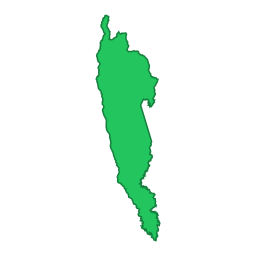 the district of Mesetas, Meta, Colombia
{"feature_id": "7082276B5195747171528", "entity_name": "Mesetas", "entity_type": "district", "adm_level": 2, "iso_a3": "COL", "parent_name": "Colombia", "parent_adm1": "Meta", "projection": "natural_earth1", "projection_center": [-74.101, 3.108], "detail": "fine", "context": "isolated", "style": "filled", "palette": "green", "viewbox_px": 256, "rotation_deg": 0, "n_neighbors": 0, "source": "geoboundaries", "source_scale": "gbopen_adm2", "svg_char_len": 5935}
<svg xmlns="http://www.w3.org/2000/svg" viewBox="0 0 256 256"><path d="M142.3,54.9L140.8,55.2L140.0,54.3L138.5,53.4L138.7,52.4L137.8,51.1L135.6,51.4L134.0,50.8L131.6,51.6L128.3,51.5L126.8,50.0L128.7,45.9L127.3,43.6L127.7,42.8L127.6,42.0L126.1,39.6L125.9,37.4L126.5,34.0L125.7,33.0L123.0,33.4L121.9,33.1L120.9,34.1L120.4,34.1L118.9,32.6L118.7,31.9L117.0,33.9L116.7,35.2L117.1,36.0L116.9,36.5L113.9,38.2L112.7,39.5L110.8,39.9L110.0,39.2L109.2,39.1L109.6,37.9L109.4,36.1L109.9,34.7L109.6,33.1L110.0,31.7L109.1,30.9L108.4,28.9L107.4,27.6L106.8,25.4L107.9,22.4L108.0,21.0L108.5,20.8L108.8,20.3L108.2,18.8L108.8,17.0L108.2,16.2L107.3,16.2L106.4,15.4L105.1,15.6L104.5,17.7L104.0,18.1L103.4,17.9L103.3,18.8L102.8,19.2L103.0,20.6L101.9,21.7L101.7,23.7L101.3,24.5L101.6,25.0L101.0,25.7L101.5,27.5L102.3,28.3L103.2,30.1L104.0,32.7L105.0,33.4L104.2,35.2L103.5,35.5L102.9,38.2L102.2,39.5L102.3,40.3L101.2,40.7L100.7,42.2L100.3,42.6L100.2,43.1L100.6,44.0L100.4,44.8L100.8,45.1L100.1,47.1L100.4,48.5L100.1,48.6L100.0,49.6L98.8,50.4L99.0,50.8L98.6,51.8L97.8,53.4L97.2,53.8L96.6,55.9L97.4,57.8L97.3,58.8L97.9,60.1L97.9,61.2L99.7,62.9L100.0,63.9L99.6,64.2L99.6,64.9L98.4,66.9L98.1,68.2L98.5,68.5L99.1,70.0L98.8,70.5L98.9,72.5L98.6,73.1L99.2,74.7L98.1,75.6L98.1,76.4L97.6,76.3L97.1,76.7L96.7,78.4L96.2,78.9L97.2,81.1L97.0,82.1L97.4,82.4L97.7,83.7L98.5,88.5L101.2,91.6L101.3,93.8L102.2,94.1L102.2,95.1L101.8,95.8L102.0,97.1L102.6,97.9L102.9,100.4L102.2,102.7L102.5,103.3L102.3,104.2L103.2,105.0L103.9,106.8L103.8,107.5L102.7,109.1L102.6,110.9L104.0,115.4L106.4,119.9L106.2,126.8L106.7,129.9L107.8,131.9L109.6,134.1L109.9,136.5L109.6,137.3L110.3,139.2L110.9,142.4L110.4,145.7L110.8,147.9L113.2,153.0L113.9,156.4L114.9,158.1L114.9,159.4L115.8,160.4L115.9,162.4L117.0,163.6L116.6,165.1L119.0,168.0L118.7,170.1L119.1,170.8L119.2,172.3L117.3,176.7L117.4,177.6L117.9,178.6L117.6,181.1L118.1,182.4L118.9,182.9L121.0,183.3L121.2,184.4L121.9,184.7L122.6,185.8L124.2,186.8L124.4,188.5L125.0,189.0L125.9,189.1L125.7,190.5L126.8,192.7L128.2,193.8L128.8,197.2L129.6,197.4L132.0,199.1L132.3,199.6L132.3,200.5L133.1,201.4L133.3,203.2L134.0,204.2L134.7,204.0L135.9,204.8L136.5,205.8L136.3,206.9L136.5,207.8L137.3,208.4L138.7,208.5L139.4,209.3L139.4,209.8L138.6,210.9L139.4,212.8L138.5,213.4L138.2,214.6L138.7,215.8L141.3,216.7L140.9,217.8L141.8,218.3L141.8,218.8L140.8,218.8L141.1,220.2L140.5,220.6L141.0,221.0L142.1,220.7L142.3,221.5L143.1,221.8L143.5,222.7L143.0,223.5L142.2,223.3L142.3,224.4L143.0,225.6L142.9,226.0L141.2,226.0L141.9,227.1L141.9,228.1L142.3,228.4L143.0,228.2L143.5,229.0L144.8,228.8L144.7,230.3L145.0,230.7L145.4,230.4L145.2,229.2L145.9,229.1L146.6,230.6L146.5,231.7L147.8,232.5L147.4,233.7L148.8,234.3L149.6,233.0L149.9,233.4L149.6,233.9L149.7,234.5L150.4,235.0L150.7,234.9L150.8,234.4L150.2,232.8L151.4,233.5L152.1,235.6L151.5,237.2L153.4,238.1L153.9,239.9L155.9,240.6L156.2,239.2L155.9,238.4L157.4,236.4L156.8,236.2L157.5,235.2L156.7,233.3L156.8,232.3L157.3,230.7L157.8,230.4L158.1,230.7L158.4,229.9L158.4,229.1L157.8,228.3L157.1,224.9L157.4,224.6L158.2,225.3L158.8,225.0L159.2,225.4L159.8,223.0L159.3,222.4L158.2,222.0L159.0,221.2L158.9,220.9L157.5,220.8L158.0,220.0L157.9,218.3L156.5,218.0L157.2,217.1L157.2,216.8L156.8,216.6L156.9,216.2L158.0,215.4L157.6,214.8L157.5,214.1L157.2,214.6L156.8,213.8L156.5,214.1L156.0,212.4L155.2,213.1L154.9,211.5L152.9,211.7L152.8,212.0L153.1,212.4L152.8,212.5L152.1,212.3L151.9,211.4L151.0,211.7L150.1,210.8L150.6,209.5L150.9,209.4L151.2,209.8L152.4,208.4L152.8,207.6L153.5,207.6L154.3,207.0L154.6,206.2L155.9,206.5L155.8,205.8L156.3,205.2L155.2,203.7L155.6,201.6L155.2,200.4L155.3,198.8L154.6,198.5L153.9,198.7L153.2,197.5L153.6,196.5L154.7,195.2L154.9,194.6L154.3,194.5L154.0,193.5L153.1,193.6L150.6,192.7L149.9,192.9L149.9,192.4L150.3,192.1L149.4,190.5L149.4,189.7L148.7,189.4L148.2,189.8L147.0,189.6L146.9,189.2L147.5,189.0L147.1,188.0L146.5,188.6L146.3,188.1L145.7,188.0L146.5,187.2L146.2,186.7L145.9,186.6L145.8,187.2L145.1,186.9L144.9,187.3L144.4,186.7L143.9,187.4L144.0,187.0L143.6,186.9L143.7,186.4L143.2,185.9L142.5,186.6L142.9,186.8L142.8,187.5L142.0,186.9L142.4,186.4L142.1,185.6L142.0,186.4L141.2,186.6L141.6,185.8L140.3,184.2L140.7,184.3L141.0,183.6L141.3,184.0L141.6,182.8L141.5,182.5L141.4,183.0L140.3,183.3L140.9,182.5L140.7,181.9L140.9,181.5L140.3,179.8L140.7,179.4L141.0,179.8L141.6,179.5L141.9,178.1L143.3,178.4L143.0,177.7L143.6,177.3L143.9,176.2L144.3,176.1L143.7,175.8L143.5,174.8L143.8,174.6L144.4,174.9L144.3,174.3L144.9,174.4L144.5,173.8L145.2,172.8L145.0,172.2L145.9,171.8L145.5,171.4L145.9,171.3L146.1,170.7L146.9,171.0L147.5,170.8L147.4,170.2L147.9,170.3L147.2,169.8L147.5,169.5L148.1,169.8L147.5,169.2L148.2,168.1L148.0,167.4L149.6,165.8L149.5,165.2L148.6,165.3L148.8,164.6L148.3,163.5L148.4,162.0L148.7,161.9L148.7,161.2L149.3,161.2L149.5,160.7L149.8,161.0L150.7,160.7L150.8,159.2L151.7,158.3L152.3,156.9L151.9,155.3L151.3,155.3L150.9,154.5L150.0,154.5L149.6,154.0L149.9,153.2L150.5,152.5L150.4,152.1L150.6,151.5L150.1,149.2L149.7,148.9L149.5,147.2L150.4,146.4L151.2,144.9L150.7,143.4L151.2,143.0L151.6,141.6L140.6,105.2L143.4,99.2L143.8,99.6L144.4,99.5L145.0,99.9L145.2,99.5L146.0,99.7L146.1,99.4L147.2,99.3L148.4,99.7L148.3,100.9L148.6,101.2L148.1,102.4L148.3,103.4L148.6,102.8L148.8,103.1L149.2,102.9L149.3,103.8L149.9,103.6L149.7,104.1L148.9,104.1L149.3,104.8L148.8,105.2L149.4,105.2L149.7,104.8L149.7,105.4L149.4,105.7L149.8,106.6L150.0,106.1L150.5,106.1L150.5,105.5L151.1,105.9L150.9,107.2L152.8,104.3L153.0,103.4L153.5,103.4L153.8,102.6L154.3,102.3L154.0,101.1L154.6,100.0L153.2,99.6L152.9,99.0L155.4,94.0L154.6,92.7L154.7,89.5L154.0,88.3L153.9,87.4L155.8,84.9L156.0,83.8L157.2,82.1L157.9,79.2L156.8,79.2L156.1,78.0L154.0,77.4L153.3,77.6L152.5,76.8L151.1,76.6L151.0,75.5L150.5,74.9L150.6,73.7L149.5,72.6L148.4,69.9L149.1,68.4L149.0,67.3L149.4,66.7L149.2,65.0L148.7,64.1L147.5,59.8L144.1,56.0L142.7,55.5L142.3,54.9Z" fill="#22c55e" stroke="#15803d" stroke-width="1.5"/></svg>